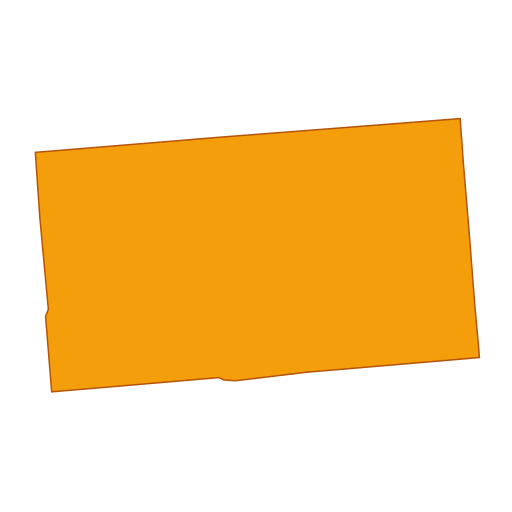 the district of Graves, Kentucky, United States of America, rotated 265°
{"feature_id": "52423323B8927734588522", "entity_name": "Graves", "entity_type": "district", "adm_level": 2, "iso_a3": "USA", "parent_name": "United States of America", "parent_adm1": "Kentucky", "projection": "equal_earth", "projection_center": [-88.656, 36.724], "detail": "fine", "context": "isolated", "style": "filled", "palette": "amber", "viewbox_px": 512, "rotation_deg": 265, "n_neighbors": 0, "source": "geoboundaries", "source_scale": "gbopen_adm2", "svg_char_len": 441}
<svg xmlns="http://www.w3.org/2000/svg" viewBox="0 0 512 512"><g transform="rotate(265 256 256)"><path d="M138.5,40.6L138.1,208.3L135.3,213.3L133.5,225.0L135.8,295.5L135.4,469.7L147.9,469.8L186.0,469.7L209.7,469.9L249.3,470.3L310.7,470.6L334.1,470.7L355.2,471.1L355.3,471.1L358.2,471.0L358.5,471.0L375.1,471.4L377.5,230.3L378.5,45.2L313.3,44.0L221.0,44.5L214.1,41.1L138.5,40.6Z" fill="#f59e0b" stroke="#b45309" stroke-width="1.5"/></g></svg>